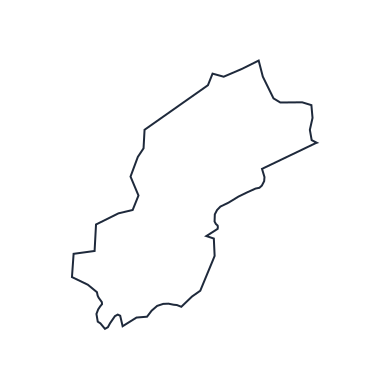 an SVG outline of Alojas, rotated 70°
{"feature_id": "LVA-5755", "entity_name": "Alojas", "entity_type": "Municipality", "adm_level": 1, "iso_a3": "LVA", "parent_name": "Latvia", "parent_adm1": "", "projection": "albers", "projection_center": [24.909, 57.802], "detail": "fine", "context": "isolated", "style": "outline", "palette": "slate", "viewbox_px": 384, "rotation_deg": 70, "n_neighbors": 0, "source": "natural_earth", "source_scale": "10m", "svg_char_len": 1072}
<svg xmlns="http://www.w3.org/2000/svg" viewBox="0 0 384 384"><g transform="rotate(70 192 192)"><path d="M184.2,61.8L188.4,57.9L188.4,59.2L194.2,118.3L202.8,118.8L206.5,120.5L209.9,124.2L211.1,127.2L210.5,131.1L211.2,140.3L212.2,149.9L214.5,161.3L215.4,170.3L217.5,174.6L220.8,178.2L227.5,180.9L230.2,180.5L232.3,179.4L233.8,179.7L235.4,180.5L238.3,193.6L243.2,187.4L259.8,192.6L263.8,196.2L287.6,218.0L290.2,227.7L296.2,241.3L293.1,244.8L291.6,247.9L288.9,252.3L287.3,257.3L287.1,263.7L289.7,270.5L293.8,276.9L291.0,287.1L294.4,303.1L283.7,301.8L281.8,303.7L282.3,306.9L287.3,313.9L290.3,317.3L290.8,320.6L284.1,323.0L281.6,324.9L273.9,323.5L270.2,320.3L268.0,317.3L266.6,314.9L264.6,314.4L259.3,315.9L257.1,316.1L253.6,315.6L243.5,321.6L230.9,333.9L209.6,324.4L214.1,303.7L189.7,293.3L186.9,268.4L188.6,253.9L177.0,243.5L156.5,244.5L140.5,230.9L134.4,222.6L117.3,215.3L97.1,140.5L87.8,132.2L94.5,122.8L93.4,103.1L91.3,84.4L107.8,86.0L131.9,83.4L138.1,78.4L145.4,57.8L151.2,50.1L163.6,53.4L173.9,60.0L184.2,61.8Z" fill="none" stroke="#1e293b" stroke-width="2"/></g></svg>